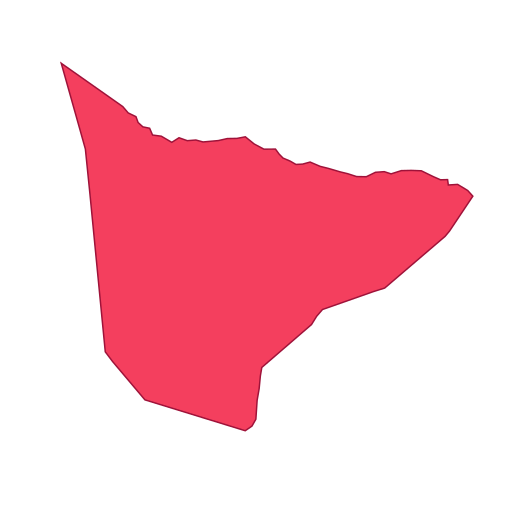 Umarizal, Rio Grande do Norte, Brazil (Equal Earth projection), rotated 275°
{"feature_id": "56859067B79675965708258", "entity_name": "Umarizal", "entity_type": "district", "adm_level": 2, "iso_a3": "BRA", "parent_name": "Brazil", "parent_adm1": "Rio Grande do Norte", "projection": "equal_earth", "projection_center": [-37.803, -6.001], "detail": "fine", "context": "isolated", "style": "filled", "palette": "rose", "viewbox_px": 512, "rotation_deg": 275, "n_neighbors": 0, "source": "geoboundaries", "source_scale": "gbopen_adm2", "svg_char_len": 968}
<svg xmlns="http://www.w3.org/2000/svg" viewBox="0 0 512 512"><g transform="rotate(275 256 256)"><path d="M355.3,413.3L354.8,403.3L353.7,393.3L349.6,383.4L351.2,376.4L349.8,367.7L344.6,359.0L343.9,349.3L346.0,340.1L347.1,332.8L349.6,320.3L350.9,312.1L354.3,301.7L351.6,294.4L350.7,287.8L353.5,281.8L355.9,274.4L359.7,270.0L364.2,266.1L363.1,254.6L367.4,244.5L373.8,235.0L371.5,226.8L370.5,217.2L367.7,208.4L365.0,193.3L366.3,186.0L364.9,177.5L367.1,169.0L361.9,162.2L367.1,151.2L367.5,142.4L374.0,138.9L374.8,132.0L378.7,126.9L384.3,124.3L387.4,116.2L393.2,110.3L431.0,45.2L364.7,70.3L347.7,76.7L303.1,85.2L147.4,114.2L138.3,122.4L103.0,157.9L81.0,260.5L86.2,266.8L93.4,270.1L112.3,269.7L124.1,270.7L136.9,270.8L145.5,271.5L192.6,317.3L201.3,321.7L208.5,326.9L230.7,375.9L235.3,387.0L292.1,442.7L297.7,446.6L334.5,466.8L339.7,461.2L344.9,450.6L343.5,441.4L348.8,440.2L348.0,433.2L350.5,425.8L355.3,413.3Z" fill="#f43f5e" stroke="#9f1239" stroke-width="1.5"/></g></svg>